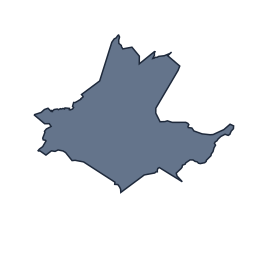 Heroica Ciudad de Tlaxiaco, Oaxaca, Mexico (Natural Earth projection), rotated 229°
{"feature_id": "50627088B37412880496873", "entity_name": "Heroica Ciudad de Tlaxiaco", "entity_type": "district", "adm_level": 2, "iso_a3": "MEX", "parent_name": "Mexico", "parent_adm1": "Oaxaca", "projection": "natural_earth1", "projection_center": [-97.668, 17.235], "detail": "medium", "context": "isolated", "style": "filled", "palette": "slate", "viewbox_px": 256, "rotation_deg": 229, "n_neighbors": 0, "source": "geoboundaries", "source_scale": "gbopen_adm2", "svg_char_len": 1861}
<svg xmlns="http://www.w3.org/2000/svg" viewBox="0 0 256 256"><g transform="rotate(229 128 128)"><path d="M156.7,210.7L156.8,208.4L158.8,202.7L162.0,198.0L162.2,196.4L163.4,195.0L163.5,193.7L164.2,192.3L165.6,195.7L167.2,197.0L167.9,198.4L168.3,198.1L169.0,178.6L174.8,183.7L186.4,184.0L191.1,176.0L193.6,176.4L194.7,177.1L197.8,176.6L200.4,178.6L202.2,181.3L204.3,181.9L204.5,181.1L203.8,178.1L204.3,176.0L203.3,172.0L182.1,137.5L183.8,114.9L181.3,114.8L180.8,114.0L181.1,111.8L180.6,111.4L181.9,104.8L182.9,103.7L180.7,100.3L179.2,100.4L178.7,98.6L179.6,96.2L180.4,95.7L181.2,96.7L184.5,93.6L184.0,92.6L185.4,91.8L186.2,89.9L186.9,89.7L187.5,87.5L188.7,87.1L190.4,84.4L190.3,82.7L191.1,82.0L190.5,81.7L191.0,81.5L190.9,80.9L195.4,80.6L196.8,77.0L196.7,72.7L199.4,66.3L199.1,65.8L185.9,67.9L182.9,71.4L179.6,71.0L180.8,65.7L180.3,62.8L179.2,62.4L176.3,57.0L174.7,56.2L172.8,57.7L172.0,57.6L169.9,51.4L170.2,47.3L169.9,45.3L169.4,45.3L168.3,46.6L161.4,48.3L161.0,55.2L158.2,57.6L157.3,60.8L153.3,63.9L150.4,64.8L140.1,64.4L138.3,66.9L131.6,72.2L95.7,82.6L94.2,81.0L92.0,83.2L89.3,83.0L86.7,82.3L84.1,80.3L81.9,109.5L76.5,118.7L76.6,120.2L75.7,121.4L77.0,122.5L77.9,124.0L77.6,125.7L51.8,133.7L59.6,133.5L62.3,134.8L62.6,141.5L62.9,143.0L64.2,144.7L63.2,147.4L63.8,148.8L63.2,153.9L61.2,156.1L58.8,156.7L57.1,158.0L55.2,158.1L53.7,159.2L51.5,163.1L51.5,165.1L52.2,165.9L52.7,172.5L53.8,173.8L54.4,176.6L56.6,179.9L57.6,182.8L59.8,183.2L60.3,184.8L60.0,186.7L60.6,188.8L60.7,192.6L59.6,197.1L56.7,198.8L56.4,200.7L57.9,203.7L58.3,207.1L60.3,209.1L63.9,207.5L63.9,199.3L67.2,188.0L69.0,185.6L74.9,180.1L82.5,175.8L86.1,176.2L88.8,173.8L89.8,174.2L90.6,176.1L92.3,176.2L94.4,175.3L103.2,165.1L107.6,162.4L108.6,160.1L111.7,156.3L121.0,158.7L124.7,162.0L138.6,203.5L140.8,207.7L156.4,205.4L156.7,210.7Z" fill="#64748b" stroke="#1e293b" stroke-width="1.5"/></g></svg>